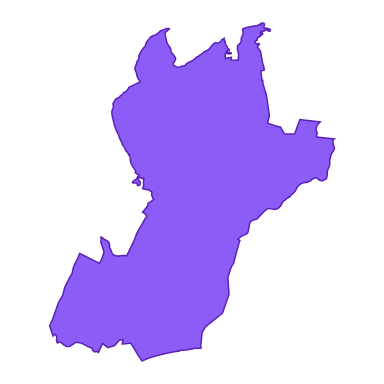 outline of Dumbravesti, Prahova, Romania
{"feature_id": "2599482B52367928700528", "entity_name": "Dumbravesti", "entity_type": "district", "adm_level": 2, "iso_a3": "ROU", "parent_name": "Romania", "parent_adm1": "Prahova", "projection": "mercator", "projection_center": [25.982, 45.089], "detail": "fine", "context": "isolated", "style": "filled", "palette": "violet", "viewbox_px": 384, "rotation_deg": 0, "n_neighbors": 0, "source": "geoboundaries", "source_scale": "gbopen_adm2", "svg_char_len": 5865}
<svg xmlns="http://www.w3.org/2000/svg" viewBox="0 0 384 384"><path d="M196.2,348.4L201.1,348.1L200.7,345.9L202.1,332.5L205.6,326.7L222.5,313.1L229.0,294.4L227.9,277.7L228.0,276.9L231.2,267.2L233.6,263.1L238.0,246.5L239.9,240.4L237.9,239.3L239.2,237.9L242.4,235.7L246.2,234.1L247.6,232.9L248.0,232.1L248.6,229.5L249.6,223.9L250.2,222.3L251.2,221.0L254.1,219.8L257.1,218.9L259.9,215.8L264.8,210.8L266.2,209.6L268.0,208.7L269.1,208.5L275.4,209.4L277.3,208.8L278.4,208.1L280.4,206.2L282.1,203.0L283.6,201.0L285.2,200.1L287.3,198.1L289.2,197.3L289.9,196.7L290.9,195.2L293.1,193.5L295.0,191.3L298.1,186.0L300.0,184.3L303.8,182.6L306.3,182.5L309.6,181.3L310.8,180.7L312.1,179.3L315.0,177.9L317.2,178.1L319.5,180.3L322.1,180.8L324.6,179.9L326.4,178.6L326.7,178.0L327.1,176.0L327.4,171.3L327.6,170.3L329.0,167.2L329.3,165.7L329.8,164.7L329.7,160.5L330.5,157.3L331.0,154.5L333.4,150.9L334.4,148.9L334.4,148.2L333.6,145.6L332.9,141.9L333.0,140.5L333.6,139.4L334.3,138.9L316.3,137.0L317.2,132.9L317.0,132.3L316.2,130.7L316.1,128.1L316.5,126.7L317.7,124.5L320.2,121.9L299.9,119.6L294.6,134.0L284.7,134.0L284.5,133.8L281.0,128.1L280.7,127.1L276.8,126.3L267.6,123.2L269.4,116.0L269.2,114.1L266.2,93.9L264.6,89.5L263.6,85.8L263.1,84.6L262.7,80.4L262.0,80.6L260.8,71.1L264.3,70.0L263.9,67.0L262.4,62.5L262.3,60.7L261.9,59.3L261.2,54.6L260.2,50.7L259.5,50.5L259.1,50.0L258.8,48.8L257.8,47.8L257.7,47.1L257.4,46.5L257.5,46.3L258.2,45.8L258.0,44.9L259.4,44.6L259.4,44.1L258.7,43.6L256.6,43.7L255.5,43.1L255.2,42.8L255.1,42.2L255.2,41.0L256.6,40.6L257.2,40.2L257.2,39.9L256.7,38.8L257.2,37.9L258.6,37.6L258.8,37.4L258.7,36.8L259.1,36.4L260.7,36.0L261.0,35.1L262.6,34.3L262.8,33.5L262.3,33.3L262.1,33.4L262.1,34.0L261.9,34.3L261.2,34.7L260.6,34.5L260.4,33.9L260.6,33.2L260.4,32.6L260.5,32.1L262.0,32.0L262.0,31.3L262.2,31.2L264.2,31.1L264.4,30.1L266.0,30.1L266.4,29.8L267.6,30.2L268.2,31.0L268.7,31.2L269.4,31.3L270.4,30.7L269.8,29.0L268.9,29.2L267.9,28.4L267.3,28.5L264.0,27.7L263.9,26.5L264.5,24.9L264.5,24.2L263.8,23.2L262.5,23.0L260.7,23.5L260.3,23.8L260.2,24.2L261.3,24.2L261.3,24.5L258.4,25.0L256.7,25.8L255.3,25.8L250.2,26.7L245.1,27.9L242.7,28.9L242.8,30.6L243.2,33.7L241.2,38.5L241.2,41.0L241.0,41.9L239.7,43.8L237.9,45.2L237.5,46.2L237.4,49.7L238.4,53.1L238.5,55.6L238.2,60.2L231.4,60.2L231.1,58.4L231.4,57.3L225.4,58.4L225.2,53.5L228.1,53.5L228.1,53.8L230.4,53.9L231.2,53.6L231.2,52.9L228.0,52.6L227.5,52.4L226.3,51.3L226.5,51.0L227.3,50.8L229.4,50.8L229.4,50.1L229.0,49.4L227.6,48.1L226.8,45.9L225.2,43.9L225.1,43.6L225.4,42.6L224.9,40.9L224.3,41.0L224.1,40.3L224.3,38.3L221.8,39.7L220.6,41.6L218.9,42.8L218.1,43.0L215.7,42.7L214.7,43.0L212.2,45.1L209.7,48.4L208.3,49.8L204.3,51.8L200.9,54.6L199.9,55.0L198.1,56.5L197.2,57.0L196.5,57.1L194.5,59.0L192.4,60.7L189.5,61.9L186.6,63.6L185.1,65.3L184.3,65.8L183.1,66.1L181.4,66.1L180.0,67.2L177.6,67.3L174.7,66.0L173.0,64.6L173.0,63.8L173.2,63.4L174.5,61.6L175.1,60.4L175.5,59.4L175.6,58.0L173.5,54.7L171.9,53.1L171.4,52.3L171.0,51.0L170.9,49.6L170.6,48.7L169.7,47.1L167.2,43.5L165.9,38.6L165.6,36.7L164.9,33.5L165.4,32.4L168.5,29.8L169.3,28.7L167.7,28.5L165.9,28.8L163.3,30.0L160.2,30.9L158.9,32.5L156.5,34.3L153.9,35.6L152.6,35.7L150.9,36.8L149.2,38.8L148.4,39.9L146.6,41.8L146.1,43.5L145.4,45.3L145.3,46.4L144.4,47.0L143.1,48.3L142.3,49.9L141.3,50.9L140.2,52.9L139.8,54.3L138.8,55.3L139.0,57.7L138.4,58.9L138.4,60.1L137.4,60.9L136.9,61.6L136.4,64.2L135.3,66.5L135.3,67.7L135.0,68.6L134.9,69.3L136.4,72.9L136.8,75.1L137.7,77.8L138.5,79.3L139.3,80.3L140.1,81.9L128.9,87.3L128.6,88.1L126.9,90.7L125.4,91.9L123.5,92.6L122.8,94.4L120.6,95.6L118.8,97.6L116.8,98.4L115.4,99.5L112.9,103.8L113.3,106.1L113.3,107.5L113.1,108.2L112.0,110.6L111.8,112.2L112.3,117.0L112.6,117.4L114.3,124.6L114.9,126.2L115.3,128.0L117.0,132.0L118.8,135.4L119.3,137.5L121.1,141.4L121.9,142.4L122.3,144.5L124.3,147.3L126.0,150.9L126.3,151.5L126.9,151.4L128.4,154.1L128.7,155.1L129.5,155.0L130.6,159.1L130.6,159.7L130.1,160.0L131.3,163.8L132.2,165.6L135.8,171.2L135.2,172.8L136.1,173.2L137.2,174.1L138.5,174.1L139.3,175.3L139.2,175.7L138.9,176.0L137.9,176.1L137.6,176.3L137.4,177.5L137.0,178.2L135.9,179.5L133.9,180.5L132.8,181.8L132.5,182.6L133.2,183.1L134.9,182.8L136.0,183.0L137.2,183.8L137.3,184.1L137.3,185.2L137.6,185.6L139.0,185.4L139.7,185.0L140.2,184.2L140.4,182.6L140.1,181.8L139.0,180.6L138.5,178.7L138.6,177.9L138.8,177.6L139.8,177.3L141.9,178.6L142.4,178.6L143.4,178.0L143.9,178.1L143.9,178.6L143.5,181.5L143.6,186.2L143.2,187.3L142.9,187.7L142.7,188.5L143.7,189.1L148.9,189.9L150.7,191.3L151.9,191.8L151.6,195.2L153.5,199.4L151.7,201.0L148.1,203.3L147.9,203.8L147.5,206.1L142.6,212.2L144.6,213.4L147.0,216.0L145.3,218.4L136.9,233.1L134.0,240.8L126.8,255.7L123.2,255.5L117.4,256.1L114.3,255.3L113.4,254.8L112.0,253.0L110.5,249.0L109.7,248.1L109.6,247.1L109.6,244.9L109.4,243.7L108.8,242.3L107.7,241.1L103.7,239.0L102.4,237.5L101.3,237.2L100.8,237.2L101.2,239.2L100.8,241.6L100.9,242.8L102.0,245.2L103.7,251.3L103.9,252.7L101.5,259.7L99.3,263.3L79.7,253.4L77.9,257.9L74.1,265.5L73.4,267.4L72.0,273.7L69.4,277.9L68.5,280.0L65.2,286.3L64.3,289.0L62.8,295.0L62.3,296.1L60.4,299.1L58.5,302.6L52.6,319.3L49.6,325.8L53.1,336.0L54.4,334.5L55.5,334.9L56.6,336.2L56.7,339.3L56.5,340.8L57.2,342.7L57.6,343.0L58.7,342.1L60.3,342.3L61.7,343.1L64.2,345.2L65.3,345.3L65.9,346.3L67.9,346.6L70.5,346.0L75.9,342.3L80.6,342.9L82.4,343.6L87.5,346.4L91.8,348.1L92.2,348.6L92.4,350.0L93.2,350.6L93.9,351.6L95.5,351.9L97.1,351.4L98.2,352.5L98.8,351.9L99.4,349.8L100.9,347.2L102.7,343.5L107.6,347.6L114.4,345.8L119.5,340.1L123.0,339.7L123.0,340.6L122.1,343.9L125.4,343.8L129.4,343.2L130.4,343.3L131.1,343.8L131.8,344.7L137.8,354.7L142.0,361.0L148.4,358.2L157.4,355.5L166.4,353.3L175.0,351.6L178.9,351.2L178.9,350.8L179.7,350.5L188.6,349.7L189.3,349.4L190.0,348.7L191.4,349.3L192.0,349.2L192.9,348.5L196.2,348.4Z" fill="#8b5cf6" stroke="#5b21b6" stroke-width="1.5"/></svg>